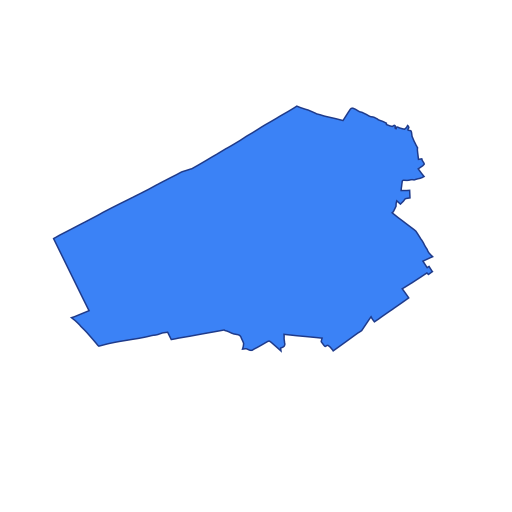 outline of Tan Phuoc, Tiền Giang, Vietnam, rotated 335°
{"feature_id": "81297802B67867529169474", "entity_name": "Tan Phuoc", "entity_type": "district", "adm_level": 2, "iso_a3": "VNM", "parent_name": "Vietnam", "parent_adm1": "Tiền Giang", "projection": "albers", "projection_center": [106.267, 10.509], "detail": "fine", "context": "isolated", "style": "filled", "palette": "blue", "viewbox_px": 512, "rotation_deg": 335, "n_neighbors": 0, "source": "geoboundaries", "source_scale": "gbopen_adm2", "svg_char_len": 5218}
<svg xmlns="http://www.w3.org/2000/svg" viewBox="0 0 512 512"><g transform="rotate(335 256 256)"><path d="M448.2,226.0L448.1,225.5L448.0,225.2L448.0,224.6L448.0,224.1L447.9,223.6L447.9,221.5L447.8,218.6L447.9,216.0L448.0,213.5L448.5,211.9L449.1,210.0L449.3,208.9L449.3,208.3L449.2,207.9L448.9,207.6L447.6,206.7L447.1,206.3L447.0,206.0L447.0,205.8L447.4,205.2L448.1,204.8L448.5,204.5L448.8,204.2L448.9,203.9L448.9,203.1L448.8,202.7L448.8,202.2L448.6,202.0L448.5,201.8L447.4,202.7L446.2,203.3L444.7,203.7L444.2,203.9L443.2,203.1L442.2,202.3L441.4,201.6L440.3,200.7L439.1,199.3L438.5,198.8L438.1,198.6L437.8,198.6L437.4,198.9L437.1,199.3L436.9,199.8L436.5,199.6L436.2,199.3L436.2,198.9L436.3,198.5L436.6,198.1L436.8,197.6L437.0,197.3L437.1,197.0L437.1,196.7L436.7,196.1L436.4,196.0L435.7,196.0L435.1,196.1L434.5,196.2L434.0,196.0L432.4,194.7L429.8,192.0L430.3,190.7L429.9,190.3L428.3,188.2L426.8,186.6L426.4,186.3L424.7,184.5L424.3,184.1L424.2,183.7L424.0,183.3L423.7,182.8L422.7,181.6L421.9,180.5L421.4,180.0L420.7,179.4L420.1,179.0L419.4,178.6L418.6,178.0L418.0,177.3L417.4,176.6L417.0,176.0L416.6,175.4L416.1,174.7L415.6,174.0L414.9,173.2L412.8,170.6L412.3,170.2L411.4,169.5L411.3,169.4L411.0,169.2L410.9,169.1L410.8,168.9L410.5,168.6L408.1,165.0L406.2,162.9L405.3,162.6L404.6,162.5L403.6,162.8L400.6,164.6L392.1,170.0L386.0,165.0L381.6,161.6L378.0,158.8L376.9,157.9L373.7,155.0L371.0,152.8L370.2,151.7L368.2,149.4L364.9,145.7L362.7,143.8L359.0,140.3L356.3,137.4L355.2,137.6L352.0,138.0L346.4,138.6L339.0,139.2L335.7,139.5L332.4,139.9L330.2,140.1L325.8,140.5L319.6,141.0L315.1,141.5L312.2,141.9L305.0,142.8L298.2,143.4L290.2,144.6L285.2,145.1L284.4,145.2L279.2,145.7L275.3,146.0L274.4,146.0L269.8,146.5L262.3,147.3L258.5,147.6L250.8,148.4L242.2,149.2L234.5,149.8L233.8,149.6L229.7,149.1L224.5,148.4L223.4,148.4L218.5,148.7L211.8,148.9L205.0,149.2L204.0,149.2L195.6,149.6L186.5,150.2L174.0,150.6L163.8,150.9L155.0,151.1L145.2,151.4L135.6,151.8L132.2,152.1L129.1,152.3L127.1,152.4L111.2,153.1L106.4,153.3L95.2,153.8L87.2,154.1L81.0,154.6L80.5,154.6L79.9,154.7L80.9,205.6L81.2,220.4L81.5,232.7L81.6,235.0L70.4,234.5L65.7,234.3L62.7,233.9L64.8,238.1L66.0,241.1L67.1,244.1L67.5,245.8L69.4,250.9L70.4,253.9L73.3,264.0L74.2,267.3L74.8,269.7L75.3,271.1L75.6,271.3L77.2,271.6L80.5,272.2L82.8,272.6L85.8,273.2L92.1,274.7L96.7,275.9L103.4,277.8L108.8,279.3L114.3,280.9L120.6,282.5L123.7,283.2L127.7,284.0L129.7,284.5L130.9,285.0L132.9,285.5L133.9,285.7L135.9,285.9L138.8,286.2L142.6,287.4L143.7,287.7L143.9,295.9L148.1,297.0L151.2,297.7L162.0,300.7L174.0,303.8L186.0,307.0L195.9,309.6L196.4,310.5L197.8,311.6L199.5,313.4L201.2,315.5L203.1,317.4L204.2,318.1L205.1,318.8L206.3,319.6L207.2,320.5L207.8,321.4L208.0,322.5L208.1,323.2L208.0,324.2L208.0,326.3L208.0,328.1L207.9,329.5L207.8,330.1L207.5,330.6L207.0,331.4L205.8,333.2L205.1,333.9L204.4,334.7L205.1,334.9L205.3,335.0L207.1,335.5L208.1,336.0L209.0,337.0L210.3,338.5L211.2,339.2L212.1,339.6L212.6,339.8L213.3,339.7L213.5,339.7L215.3,339.5L218.6,339.4L223.7,339.0L226.9,338.7L230.4,338.4L231.6,338.5L232.0,338.7L232.4,339.1L233.3,340.7L235.9,346.6L238.5,352.6L239.4,349.8L241.7,350.0L243.3,349.7L243.9,349.2L244.6,348.6L245.1,347.5L245.2,346.7L245.7,345.4L246.4,343.0L247.5,340.8L248.3,338.8L249.7,339.7L254.2,342.4L258.8,345.2L267.9,350.5L276.9,355.8L281.2,358.4L279.7,360.1L278.9,361.2L278.9,361.3L279.7,365.3L280.1,366.6L280.3,367.0L280.5,367.2L280.8,367.3L281.4,367.2L282.0,367.1L282.7,367.1L283.2,367.3L283.5,367.5L283.7,367.8L284.7,369.8L285.3,372.0L285.9,374.3L285.9,374.6L300.7,371.8L308.3,370.3L310.8,369.8L316.1,368.8L316.6,368.8L320.2,368.3L327.5,363.9L331.8,361.3L334.6,359.7L334.7,361.7L335.0,363.4L335.5,365.7L340.6,364.9L344.1,364.2L350.4,363.1L353.3,362.6L357.9,361.9L358.1,361.8L360.4,361.4L362.2,361.1L370.8,359.6L376.7,358.5L375.9,353.8L374.7,347.5L386.8,346.1L403.7,343.6L404.5,345.6L408.6,344.8L409.3,344.7L409.1,343.9L408.4,338.6L406.2,338.9L405.1,331.2L412.9,331.2L415.9,331.3L415.9,331.2L415.2,329.9L414.7,328.3L414.1,326.5L413.9,325.3L413.8,323.9L413.9,322.2L413.7,321.1L413.5,319.5L413.3,317.3L413.3,315.3L413.1,313.1L412.9,311.6L412.7,310.7L412.5,309.9L412.5,309.3L411.9,304.5L411.7,303.1L411.4,301.1L410.6,299.3L401.6,282.3L401.1,281.4L398.7,276.5L398.3,275.8L397.7,274.5L398.0,274.5L398.3,274.3L399.7,273.5L402.1,271.6L404.0,270.0L404.3,269.3L405.2,267.6L406.3,266.2L406.9,265.5L408.8,270.0L412.8,268.6L415.0,267.4L415.5,267.3L416.1,267.3L418.0,267.8L420.1,268.4L423.0,261.4L422.7,261.3L420.1,260.3L415.2,258.0L416.5,255.7L417.2,254.7L418.3,252.9L419.4,251.2L420.0,250.2L420.4,249.8L420.7,249.7L421.2,249.6L421.5,249.6L422.0,249.8L422.9,250.3L424.0,250.9L425.0,251.4L425.9,251.7L427.3,252.1L428.5,252.3L429.3,252.6L429.8,252.8L430.3,253.1L430.9,253.5L431.6,253.9L432.3,254.0L433.4,254.1L434.5,254.3L435.3,254.4L436.4,254.7L437.4,254.9L438.4,255.0L439.4,255.1L440.4,255.1L441.1,255.0L441.9,255.0L440.9,250.9L440.0,246.4L439.8,245.6L441.5,245.3L444.0,244.9L445.2,244.7L446.5,244.2L447.3,243.8L447.4,243.4L447.4,243.0L447.4,242.5L447.4,242.0L447.3,241.6L447.2,241.0L447.2,240.6L447.1,240.2L447.1,239.0L447.3,238.5L447.3,238.0L444.1,237.1L445.3,233.4L446.2,230.6L447.1,228.0L448.2,226.0Z" fill="#3b82f6" stroke="#1e3a8a" stroke-width="1.5"/></g></svg>